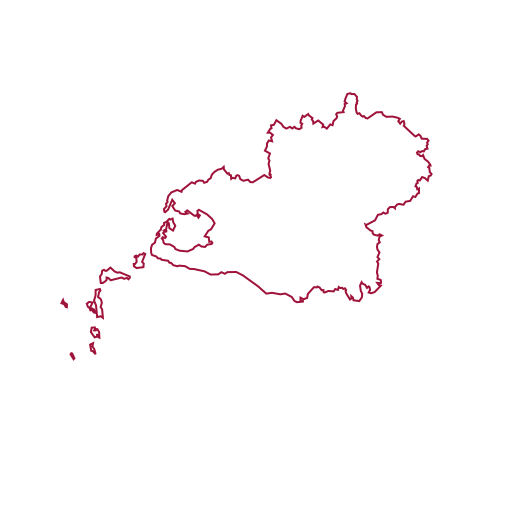 Thessalias, Thessalia, Greece (orthographic projection), rotated 141°
{"feature_id": "26713481B23289270995723", "entity_name": "Thessalias", "entity_type": "district", "adm_level": 2, "iso_a3": "GRC", "parent_name": "Greece", "parent_adm1": "Thessalia", "projection": "orthographic", "projection_center": [22.955, 39.583], "detail": "fine", "context": "isolated", "style": "outline", "palette": "rose", "viewbox_px": 512, "rotation_deg": 141, "n_neighbors": 0, "source": "geoboundaries", "source_scale": "gbopen_adm2", "svg_char_len": 6074}
<svg xmlns="http://www.w3.org/2000/svg" viewBox="0 0 512 512"><g transform="rotate(141 256 256)"><path d="M177.7,154.4L178.8,156.1L178.7,158.8L176.1,156.3L174.9,157.4L174.2,159.0L176.0,161.9L173.8,164.0L172.3,167.2L165.7,173.2L165.5,175.5L162.1,176.0L162.3,178.7L157.8,181.1L157.5,184.7L156.2,187.0L154.0,188.9L151.2,188.7L150.6,191.2L147.8,193.3L145.2,192.7L146.3,195.1L148.7,195.4L151.0,198.5L151.0,200.3L149.8,202.0L151.0,203.8L152.1,208.9L151.1,211.5L150.8,210.7L141.0,208.8L135.4,211.3L132.2,209.6L129.7,209.7L128.8,207.4L126.5,206.7L124.0,209.4L121.2,209.7L118.4,207.7L118.0,205.7L117.3,206.6L113.8,207.2L111.9,206.3L109.1,203.0L105.6,204.1L101.5,201.8L96.4,203.6L95.0,201.6L91.1,202.9L89.8,202.3L86.8,205.9L88.7,206.3L87.6,208.7L88.2,209.8L85.7,211.3L84.3,211.0L83.4,212.8L82.0,212.9L81.2,211.6L77.2,212.8L75.7,210.3L75.1,206.5L71.5,209.3L69.5,208.6L68.0,209.2L68.1,211.9L65.9,215.4L66.3,216.7L64.6,217.3L63.5,216.4L63.1,217.2L62.9,220.9L63.9,225.3L62.7,229.3L64.0,229.0L65.5,230.5L65.4,232.5L66.4,233.3L65.9,235.0L64.0,235.3L62.9,233.2L60.8,233.0L59.8,231.7L57.3,232.6L55.2,231.5L54.1,234.3L52.3,234.7L51.8,236.4L49.4,237.0L49.3,239.3L53.4,242.9L52.6,245.8L53.0,248.1L56.7,248.4L57.2,249.6L59.2,264.2L57.5,265.2L56.3,267.9L58.2,268.7L60.7,268.1L60.6,271.2L57.9,272.1L58.8,274.1L62.2,278.5L67.1,282.1L68.4,285.7L67.7,288.6L72.0,291.9L82.8,292.7L83.9,294.2L84.1,296.9L85.3,297.1L85.9,298.9L85.8,301.9L87.6,302.5L87.4,304.5L85.3,308.2L82.9,310.8L81.5,310.8L81.0,312.1L79.5,312.6L79.2,314.2L77.4,316.1L77.6,320.0L79.9,321.7L80.2,323.1L83.1,324.4L87.0,322.3L89.9,320.3L89.5,317.7L91.5,318.3L92.5,316.5L96.8,314.3L97.4,312.7L102.7,316.1L104.5,315.7L105.0,313.6L106.6,312.4L110.8,312.1L114.2,309.5L115.5,311.5L120.8,310.4L121.6,313.6L123.2,314.3L121.1,315.9L122.4,322.2L128.1,322.8L126.8,324.7L126.7,327.1L125.3,327.7L126.4,331.8L126.1,333.5L130.9,333.7L131.5,335.6L136.4,332.9L137.6,331.5L136.9,329.7L138.6,329.0L139.9,327.0L142.6,327.3L144.7,330.3L144.8,332.2L147.6,332.3L148.3,335.0L152.2,335.9L153.4,339.0L153.1,342.8L154.7,348.7L159.6,346.7L162.1,348.1L163.6,345.5L164.8,345.9L169.2,344.4L167.5,343.1L166.7,339.4L169.7,338.7L171.3,335.0L173.3,337.7L176.7,336.5L178.6,334.2L182.8,332.2L180.6,326.9L184.9,324.3L185.6,321.6L188.3,319.6L191.3,313.3L193.4,311.9L193.4,310.3L194.3,310.4L194.0,309.4L194.8,307.8L195.9,307.7L197.4,309.7L198.6,313.7L212.1,315.3L213.9,317.0L214.1,320.3L218.5,322.4L219.8,325.6L218.7,328.8L219.3,330.3L220.8,330.8L223.3,329.4L225.1,331.6L226.7,331.6L224.7,334.5L225.7,335.7L225.0,337.5L226.4,338.0L226.4,343.5L225.0,345.6L227.7,345.4L231.4,347.1L235.7,347.5L239.1,347.0L242.3,345.0L245.0,345.3L247.3,344.4L250.2,345.5L250.0,347.8L252.7,350.5L256.0,351.4L257.8,350.6L259.6,353.7L272.0,353.8L273.5,352.8L275.7,356.9L281.8,358.7L286.5,357.7L290.2,355.0L290.6,353.7L293.1,353.2L294.2,351.0L298.0,350.4L299.4,348.0L299.1,347.2L295.1,347.4L285.7,352.4L285.8,348.1L289.6,347.5L290.2,342.2L287.7,338.9L288.1,336.8L285.4,333.6L282.5,332.1L283.1,334.7L280.7,334.7L278.7,326.4L277.7,325.2L276.3,325.3L276.6,322.0L274.1,322.9L274.8,325.4L273.2,327.9L271.3,327.8L267.8,319.0L266.8,312.3L267.6,307.4L274.1,305.1L277.3,305.6L283.5,303.5L281.0,300.2L283.4,296.4L281.5,295.3L281.7,293.6L282.9,293.3L286.8,295.5L289.9,295.1L292.4,297.7L293.3,300.8L298.2,301.6L300.5,301.0L306.4,302.7L311.9,308.0L314.2,312.0L313.8,314.5L315.6,319.2L318.9,322.1L319.5,324.2L318.1,327.1L318.2,328.9L316.7,329.3L315.4,327.2L313.8,327.6L313.7,332.3L312.7,332.7L310.3,331.5L309.8,332.0L310.9,333.7L309.1,333.3L304.7,336.9L303.2,337.3L303.1,336.4L305.8,332.1L304.5,328.0L299.7,330.3L299.1,334.2L297.3,337.6L299.8,338.3L300.1,339.4L304.3,338.9L306.6,339.6L307.8,337.9L311.3,338.0L313.2,336.5L319.0,335.7L319.9,334.9L317.4,334.0L318.3,332.4L322.9,332.5L326.1,330.0L329.7,330.1L332.7,328.2L335.5,324.4L336.2,322.2L333.8,318.4L333.7,315.9L331.8,314.1L331.8,312.5L327.3,307.6L327.5,305.2L326.3,304.1L326.1,301.0L323.6,297.5L321.8,296.9L317.5,292.7L315.6,287.7L312.3,284.8L305.6,276.4L303.0,270.2L296.9,265.5L293.1,265.2L291.4,261.8L288.3,261.4L281.4,256.0L278.4,249.2L273.5,231.2L271.7,220.3L266.7,217.3L261.2,210.9L256.9,208.4L254.0,201.7L254.4,196.8L253.2,194.3L247.5,190.6L249.5,193.4L247.6,195.6L246.4,192.6L242.7,191.2L239.5,193.9L230.6,195.3L228.5,193.3L227.5,193.6L226.4,191.6L226.5,188.0L225.0,187.1L226.2,185.2L225.4,184.3L221.8,183.3L217.9,179.6L215.2,180.5L213.7,178.1L211.2,179.8L210.7,178.0L209.1,177.2L208.9,175.4L207.2,174.9L207.4,172.7L208.5,172.4L209.4,170.1L210.3,163.0L208.4,163.0L207.2,164.8L206.9,162.7L208.1,160.2L204.1,156.0L199.8,157.2L197.2,159.8L196.5,162.9L193.8,167.5L190.4,169.2L190.6,167.6L189.3,164.8L189.8,161.3L187.7,161.6L187.3,160.7L188.6,157.9L191.4,156.7L189.9,154.5L186.4,153.3L177.7,154.4ZM384.2,328.6L373.9,323.8L372.9,321.3L370.2,320.3L369.8,318.2L367.8,318.5L367.0,319.5L372.1,329.0L374.2,330.3L375.6,332.9L376.4,338.6L381.3,338.5L382.4,339.2L382.8,340.9L384.8,341.4L387.2,339.1L390.1,338.3L393.6,332.7L392.0,331.4L388.5,331.2L387.0,331.5L385.7,333.3L384.6,331.9L384.2,328.6ZM405.5,326.3L409.9,323.3L411.4,318.3L417.9,308.5L414.6,306.9L413.9,304.3L409.2,311.3L408.8,314.2L405.5,316.4L404.2,318.8L403.8,320.8L404.6,323.5L400.6,326.7L398.7,327.0L398.1,328.6L402.0,330.5L405.5,326.3ZM357.3,324.9L356.4,321.8L350.5,318.2L348.0,320.8L348.2,323.1L340.8,327.3L341.6,329.0L343.2,328.6L345.5,330.4L348.2,329.8L348.8,331.7L350.5,332.1L351.0,331.7L350.3,329.8L352.4,326.6L355.1,325.9L356.0,326.7L357.3,324.9ZM428.6,295.5L429.8,292.8L429.1,291.1L425.8,295.6L425.3,298.9L426.0,299.6L427.4,299.0L428.5,300.0L427.1,300.4L426.2,301.9L428.8,303.7L432.2,300.8L432.6,294.3L430.1,293.4L428.6,295.5ZM416.5,312.8L415.6,316.5L417.4,320.3L412.2,322.7L414.6,325.3L417.5,325.4L418.6,322.4L418.1,320.6L418.9,318.0L417.5,317.3L417.6,314.3L416.5,312.8ZM440.7,291.5L443.7,286.1L442.7,284.7L442.5,280.6L440.3,285.3L440.0,288.7L437.5,290.8L440.7,291.5ZM433.6,343.3L436.9,341.7L435.4,339.4L435.9,336.0L435.3,335.2L433.3,337.4L434.4,341.1L433.6,343.3ZM462.7,290.6L461.5,290.8L460.2,295.9L460.7,296.7L462.0,296.3L462.7,290.6Z" fill="none" stroke="#9f1239" stroke-width="2"/></g></svg>